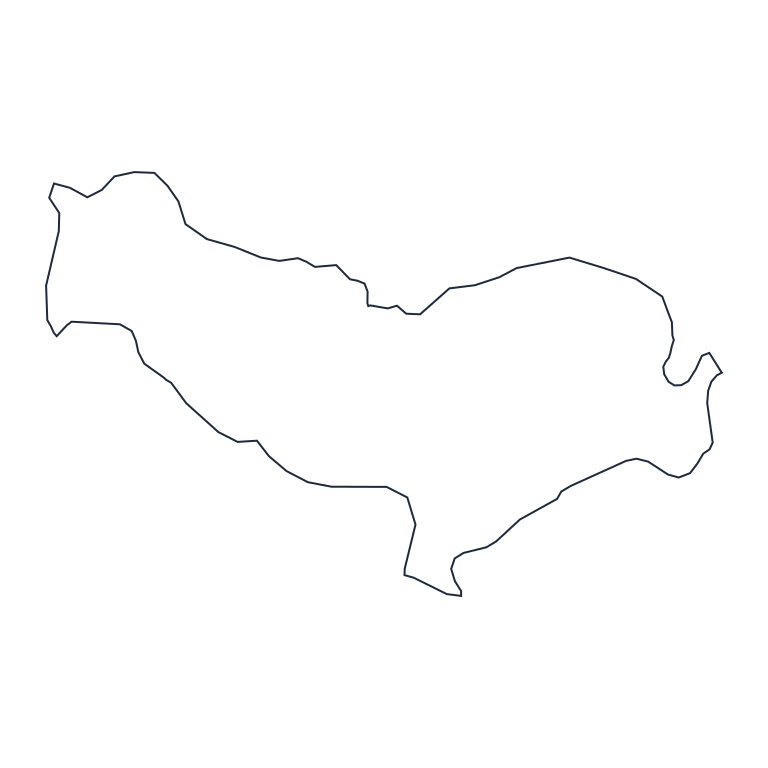 the border of Vientiane [prefecture]
{"feature_id": "LAO-3283", "entity_name": "Vientiane [prefecture]", "entity_type": "Prefecture", "adm_level": 1, "iso_a3": "LAO", "parent_name": "Laos", "parent_adm1": "", "projection": "albers", "projection_center": [102.591, 18.122], "detail": "fine", "context": "isolated", "style": "outline", "palette": "slate", "viewbox_px": 768, "rotation_deg": 0, "n_neighbors": 0, "source": "natural_earth", "source_scale": "10m", "svg_char_len": 1528}
<svg xmlns="http://www.w3.org/2000/svg" viewBox="0 0 768 768"><path d="M90.2,322.7L71.6,321.7L66.9,325.2L56.7,336.2L53.7,332.7L50.9,326.2L47.3,320.1L46.1,285.6L58.8,231.2L59.3,213.1L49.2,197.8L54.0,183.5L69.9,187.8L87.3,197.3L101.8,189.9L114.5,176.4L134.3,172.1L154.4,172.9L167.6,185.9L178.4,201.4L185.5,224.1L206.9,239.1L234.5,246.9L260.8,257.5L279.3,260.9L298.1,258.2L306.2,261.7L315.0,266.9L336.2,265.1L346.9,276.1L350.1,279.3L357.4,280.7L364.5,283.6L367.6,291.6L367.4,303.2L368.3,306.1L370.3,305.4L387.7,308.4L397.0,305.7L406.2,313.7L420.1,314.3L449.4,288.4L475.0,285.2L499.1,277.3L516.6,268.1L569.4,257.6L603.3,267.9L635.9,278.9L662.3,296.6L667.5,310.8L671.9,322.3L672.4,335.3L673.8,340.1L671.8,346.2L670.4,352.9L668.9,357.7L665.7,361.8L663.3,366.7L664.2,374.2L668.6,381.8L674.4,385.4L681.2,385.2L688.3,381.2L695.9,369.1L701.9,355.8L709.3,352.9L721.3,372.0L721.9,372.6L716.9,375.3L711.4,381.6L708.2,390.6L707.2,403.0L712.7,442.6L709.6,449.3L703.2,453.7L697.5,463.4L690.1,473.1L678.8,477.5L668.1,474.6L648.1,461.6L636.5,458.7L626.0,460.9L570.6,486.0L561.2,491.6L557.2,498.8L519.9,519.5L496.2,541.4L486.4,547.3L463.6,552.9L454.7,558.4L451.2,568.8L454.9,581.2L461.1,591.0L461.1,595.9L446.8,594.1L413.7,577.7L404.5,575.1L404.7,568.8L415.5,524.6L407.3,497.5L386.6,486.9L331.5,486.7L307.9,482.2L286.4,471.0L269.0,456.2L256.9,440.7L237.6,441.9L218.4,432.1L186.2,403.2L171.1,382.7L166.2,379.9L163.8,377.6L144.3,363.7L138.3,352.1L135.9,340.7L131.7,331.0L119.9,324.3L90.2,322.7Z" fill="none" stroke="#1e293b" stroke-width="2"/></svg>